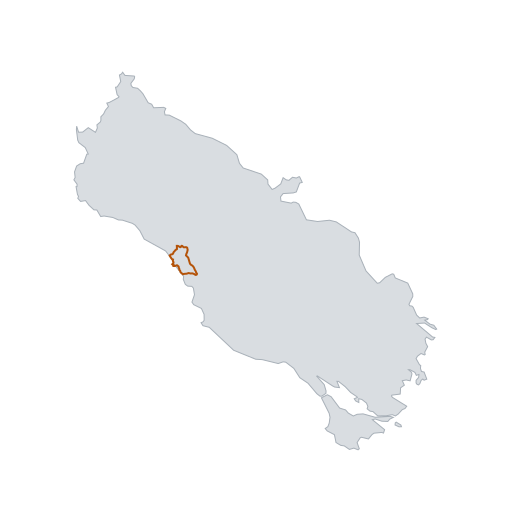 location of Ordu within Turkey, rotated 221°
{"feature_id": "TUR-2293", "entity_name": "Ordu", "entity_type": "Province", "adm_level": 1, "iso_a3": "TUR", "parent_name": "Turkey", "parent_adm1": "", "projection": "robinson", "projection_center": [37.565, 40.74], "detail": "fine", "context": "in_parent", "style": "outline", "palette": "amber", "viewbox_px": 512, "rotation_deg": 221, "n_neighbors": 0, "source": "natural_earth", "source_scale": "10m", "svg_char_len": 4858}
<svg xmlns="http://www.w3.org/2000/svg" viewBox="0 0 512 512"><g transform="rotate(221 256 256)"><path d="M399.1,183.9L406.3,186.3L408.6,184.5L415.2,184.7L421.0,186.0L424.2,182.1L428.3,182.6L429.1,184.6L431.1,185.3L437.3,190.3L436.6,190.9L438.1,192.8L443.4,194.0L444.0,196.6L448.1,200.4L450.4,206.2L449.2,210.3L447.0,212.9L450.5,221.8L449.5,222.9L456.0,225.8L464.0,225.3L466.6,226.5L474.5,233.6L476.5,236.3L471.1,233.0L468.1,235.8L466.8,242.8L458.3,244.0L459.7,248.5L462.1,250.6L461.4,254.9L462.0,256.6L464.4,259.3L464.2,263.2L465.3,267.2L465.4,272.0L468.9,273.5L467.4,275.8L463.7,285.6L464.0,286.4L466.6,286.6L472.7,291.2L471.7,292.6L472.5,298.9L477.8,303.0L477.0,305.1L477.2,307.2L473.4,306.3L466.0,311.9L465.2,311.7L464.1,309.8L463.7,304.2L461.9,302.7L459.5,302.4L455.4,304.9L451.7,304.8L447.9,304.3L437.9,300.9L434.3,302.1L430.5,300.7L423.2,307.6L420.9,308.2L419.8,304.8L417.2,302.8L413.9,305.4L401.2,308.7L395.3,309.3L388.2,308.2L382.2,308.5L366.2,316.2L350.7,320.2L336.9,319.9L329.3,315.1L323.4,314.0L305.7,321.3L297.1,321.1L294.1,318.1L287.5,316.8L286.1,319.7L284.6,326.6L286.9,332.9L283.2,333.3L280.8,334.7L280.1,339.4L276.7,341.3L275.5,344.2L274.9,344.3L269.4,341.9L270.9,339.6L267.6,330.8L269.3,328.0L276.5,320.9L276.3,316.7L273.2,313.8L264.1,319.0L263.3,321.1L261.2,322.6L257.8,323.3L241.7,316.4L232.2,322.4L224.0,331.2L217.8,334.4L199.8,336.8L196.6,338.5L190.5,336.7L186.9,334.3L178.7,324.4L163.2,316.9L146.6,315.0L145.1,317.0L144.4,324.7L141.5,331.9L140.1,332.6L136.5,330.8L123.7,335.1L112.9,330.3L111.1,328.3L108.9,319.9L107.3,319.3L105.5,320.5L103.7,320.4L96.0,316.8L91.8,316.6L89.1,320.1L84.9,321.6L84.8,320.6L86.6,318.3L80.0,318.7L76.4,320.4L71.7,319.4L72.1,318.4L76.0,317.3L84.8,316.0L90.5,310.4L69.6,310.7L67.6,311.9L67.4,309.0L68.6,307.7L74.1,306.6L73.9,304.2L70.6,301.6L67.0,300.2L65.6,294.2L63.7,292.6L64.0,291.8L67.5,290.7L68.4,286.3L67.9,283.6L61.3,281.2L59.8,281.4L58.2,279.1L55.4,277.4L53.0,278.7L46.3,275.1L47.7,272.5L49.4,272.6L49.8,270.5L48.6,267.1L48.8,265.3L50.3,264.8L51.9,265.2L53.6,267.2L53.6,271.1L55.3,273.5L56.7,271.1L59.7,272.4L65.3,271.2L66.4,270.2L62.4,270.3L60.9,269.3L57.8,262.9L61.3,261.0L63.8,257.9L59.3,255.8L60.4,251.4L56.6,246.4L62.2,240.1L61.9,239.2L60.3,238.8L43.7,241.5L43.5,238.6L44.8,236.1L45.0,230.0L45.9,226.7L49.0,225.7L52.9,220.9L59.3,215.2L65.6,215.3L68.2,213.7L71.9,213.6L72.9,215.9L76.2,217.5L82.0,217.2L84.8,215.7L82.3,212.9L85.6,212.0L88.2,212.7L86.7,215.8L87.5,216.0L95.0,215.1L102.9,215.9L111.5,215.5L112.7,214.5L106.7,211.4L110.7,208.7L112.9,208.2L131.2,205.7L131.3,205.1L120.2,203.7L114.6,200.1L113.1,198.2L114.4,193.4L115.7,192.2L119.7,192.0L133.3,194.1L143.1,192.9L153.7,196.0L163.9,195.4L166.1,193.9L168.7,189.4L183.3,181.9L188.5,177.9L211.0,170.2L244.5,171.5L250.3,168.6L253.7,169.6L252.8,171.5L252.9,173.4L256.9,177.9L262.8,180.6L271.1,178.4L274.1,179.2L277.0,186.4L282.2,190.7L284.5,191.0L287.7,188.5L290.7,188.2L295.6,190.7L297.3,193.2L313.4,196.2L316.7,198.3L327.5,200.5L351.5,195.4L360.3,198.9L367.6,200.0L370.8,199.5L380.4,195.4L383.4,193.0L389.4,191.1L396.9,186.5L399.1,183.9ZM90.6,171.2L89.8,174.4L91.1,177.9L94.3,182.8L97.6,185.3L113.6,191.9L111.1,198.1L107.0,199.1L93.1,196.1L87.4,198.6L83.3,198.0L77.6,199.1L75.8,202.9L71.6,207.1L60.2,212.5L49.5,223.0L46.5,224.3L48.0,220.7L48.0,217.6L52.6,213.9L59.1,211.2L60.8,208.8L45.0,209.3L43.6,206.0L45.3,205.4L50.7,199.7L51.3,197.3L51.1,191.7L57.5,188.4L58.1,187.1L57.3,181.5L51.6,178.3L51.8,176.7L56.1,175.2L58.6,171.3L64.8,170.6L67.8,168.7L73.2,167.7L79.6,172.6L87.5,170.7L90.6,171.2ZM41.2,222.6L35.8,223.5L34.2,222.6L36.0,220.9L40.2,219.7L41.4,221.4L41.2,222.6Z" fill="#d9dde1" stroke="#a8b0b8" stroke-width="1"/><path d="M299.3,194.3L301.8,194.2L302.6,194.4L303.2,194.9L303.4,195.0L303.9,195.2L304.5,195.2L304.9,195.3L305.4,195.9L305.8,196.2L306.7,196.5L306.8,196.6L307.4,197.2L307.8,197.3L308.7,197.2L309.1,197.3L309.2,197.2L309.6,197.1L309.9,196.7L310.2,196.0L310.5,195.5L310.8,195.1L311.2,194.7L311.6,194.4L311.8,194.9L312.2,195.2L312.6,195.2L313.0,194.8L313.2,195.0L313.8,194.9L313.8,196.7L314.2,197.2L315.4,197.7L315.7,197.9L315.9,198.2L316.3,198.9L317.2,198.5L318.3,198.7L321.1,199.5L321.4,199.6L321.4,200.6L321.1,201.5L320.6,202.0L320.2,202.7L320.2,203.6L320.6,204.4L320.7,205.3L320.6,206.3L320.7,207.2L320.6,208.2L320.3,208.7L320.2,209.4L322.4,211.7L321.7,212.3L321.0,212.6L319.9,212.7L319.0,212.9L318.7,213.3L318.7,214.1L318.9,214.4L318.8,214.9L318.3,215.2L316.4,215.1L315.6,215.7L314.9,216.5L314.2,217.0L313.4,217.1L311.6,215.8L310.4,213.5L309.9,211.8L309.2,210.5L306.1,210.3L300.8,206.9L299.3,206.7L297.7,207.0L296.1,206.8L294.5,206.2L293.3,205.5L291.4,204.9L290.2,204.2L289.1,204.0L288.8,203.8L288.6,203.0L289.0,202.2L289.5,202.1L289.9,201.9L290.9,201.8L291.8,201.5L292.7,201.1L293.0,200.8L293.9,199.9L295.7,198.9L296.7,197.2L298.0,195.9L299.3,194.4L299.3,194.3Z" fill="none" stroke="#b45309" stroke-width="2"/></g></svg>